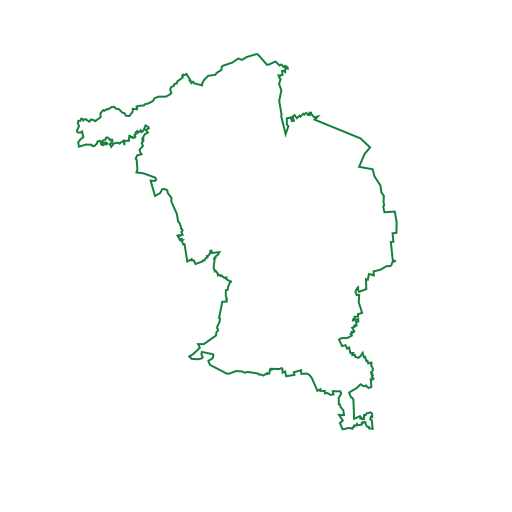 Manlio Fabio Altamirano, Veracruz, Mexico, rotated 346°
{"feature_id": "50627088B96625037975079", "entity_name": "Manlio Fabio Altamirano", "entity_type": "district", "adm_level": 2, "iso_a3": "MEX", "parent_name": "Mexico", "parent_adm1": "Veracruz", "projection": "robinson", "projection_center": [-96.354, 19.086], "detail": "fine", "context": "isolated", "style": "outline", "palette": "green", "viewbox_px": 512, "rotation_deg": 346, "n_neighbors": 0, "source": "geoboundaries", "source_scale": "gbopen_adm2", "svg_char_len": 6066}
<svg xmlns="http://www.w3.org/2000/svg" viewBox="0 0 512 512"><g transform="rotate(346 256 256)"><path d="M327.4,451.9L328.6,443.3L327.3,442.1L328.5,439.7L329.8,440.4L330.5,437.4L329.4,435.5L325.2,435.4L324.0,437.0L322.4,436.4L321.3,440.4L319.3,439.9L319.2,438.3L318.0,438.7L318.0,436.6L311.8,437.7L315.7,419.3L315.4,417.5L313.9,416.0L313.3,411.0L321.9,408.4L326.4,405.8L328.9,408.4L331.7,408.4L331.7,409.5L333.5,411.4L336.3,410.9L337.5,403.5L339.3,404.2L340.4,403.3L339.0,401.7L340.5,400.2L339.4,399.0L340.3,398.2L339.3,396.8L341.4,395.6L342.2,393.5L341.3,389.8L342.3,387.9L342.2,387.3L338.9,387.4L338.8,384.6L337.6,384.6L337.5,380.3L336.2,380.3L336.1,375.8L333.0,378.6L330.6,379.6L327.9,377.8L328.0,375.8L325.6,375.5L326.9,373.6L324.1,373.2L324.2,367.2L321.9,367.9L321.3,364.2L317.7,364.2L316.3,357.2L318.7,356.4L324.9,357.6L329.7,356.4L329.1,354.3L330.4,354.2L330.5,352.8L332.3,353.5L333.2,353.0L331.9,348.9L334.6,348.5L334.4,347.6L335.2,347.1L336.7,347.8L337.2,344.2L339.4,344.3L339.9,342.0L334.6,342.0L335.2,340.7L336.7,340.6L336.9,338.8L340.4,339.5L340.9,337.1L345.2,336.9L344.5,325.8L346.7,318.6L344.3,318.3L343.8,314.6L346.7,311.4L347.5,311.1L346.9,313.5L347.3,315.7L355.0,314.8L357.1,305.1L358.7,306.1L361.3,300.8L365.6,303.3L366.3,299.4L373.6,299.4L380.3,297.4L383.7,298.3L385.0,297.8L387.3,294.4L389.2,294.9L389.6,294.3L388.1,293.6L387.8,292.2L390.2,275.0L392.8,275.4L394.0,267.0L397.8,267.5L400.6,257.4L401.4,246.5L391.2,244.6L391.4,239.0L392.7,237.7L392.8,234.5L394.6,228.6L393.0,224.6L393.8,217.7L390.2,207.3L390.2,200.1L377.6,194.4L386.2,183.1L393.0,178.3L385.9,167.2L345.9,137.9L349.6,135.6L346.1,135.6L344.0,131.6L344.1,130.3L342.6,129.9L342.1,132.3L340.5,131.6L340.6,130.9L339.1,129.3L337.3,130.5L336.4,129.4L332.8,131.5L332.3,130.4L329.0,132.2L327.5,128.6L325.3,129.6L325.5,133.9L323.5,133.8L323.4,130.0L319.2,129.9L317.7,135.9L318.8,137.9L314.2,145.0L314.3,126.7L315.0,124.7L316.0,111.2L320.7,101.3L320.0,94.5L322.7,90.4L321.9,89.3L321.6,86.1L322.7,86.6L322.8,87.3L324.3,86.4L325.6,86.7L326.1,82.8L327.8,83.1L328.8,84.5L329.9,80.8L332.1,81.9L332.3,80.6L330.2,78.4L328.4,79.2L327.0,76.4L324.9,76.8L321.9,72.0L314.7,73.4L312.9,73.1L306.7,61.0L305.4,60.2L295.0,60.7L289.9,62.3L286.3,60.1L279.8,62.6L269.9,63.4L268.7,64.0L267.4,67.2L262.6,68.6L260.3,70.3L253.3,69.6L248.6,72.3L245.6,75.4L245.0,77.4L237.9,73.6L237.1,71.7L235.1,72.7L234.2,69.8L234.9,69.8L232.6,62.6L230.9,63.2L229.0,62.3L227.9,63.4L228.4,64.4L227.9,65.2L222.0,67.5L220.8,69.4L218.3,69.4L217.6,70.9L214.2,71.8L212.9,74.2L213.3,77.5L211.3,78.5L207.0,79.6L199.8,77.8L195.8,78.4L193.5,80.7L189.2,81.8L184.8,82.0L183.5,82.8L177.4,81.8L176.1,82.4L176.5,84.1L175.8,84.9L172.1,83.4L171.1,86.3L167.0,89.5L163.7,88.4L162.9,85.6L161.2,84.8L158.3,80.2L155.6,79.1L154.6,77.1L152.0,76.5L147.8,78.0L146.7,77.4L144.1,78.4L143.1,77.5L139.6,79.9L138.8,83.7L132.5,86.3L131.4,84.9L128.7,83.6L127.3,85.3L126.6,85.2L123.7,81.9L121.6,82.4L121.9,82.0L119.8,80.4L118.0,82.4L116.3,81.9L115.3,83.8L115.7,87.3L112.6,90.9L112.6,92.7L115.1,93.8L117.4,93.1L117.2,99.0L114.1,100.2L111.0,102.7L110.6,107.1L117.7,106.7L123.4,108.3L123.8,109.6L125.5,110.2L128.6,108.6L129.9,106.6L132.3,106.4L133.2,108.8L132.6,110.0L134.3,111.6L136.7,110.6L137.9,111.6L139.0,110.7L138.1,109.7L133.3,108.8L133.2,107.9L136.8,106.5L138.1,106.8L139.1,105.0L140.3,104.9L142.1,106.9L142.2,108.2L144.4,108.2L144.7,109.7L141.0,112.3L142.0,113.7L142.0,115.0L144.5,113.0L144.3,112.4L149.5,112.6L150.6,113.9L155.4,112.1L155.2,116.6L156.1,112.3L160.6,113.4L162.2,108.7L163.0,109.0L163.6,110.6L164.9,110.6L165.0,111.6L167.0,111.7L167.8,111.3L167.5,109.0L169.5,108.3L169.1,107.1L171.1,106.0L171.6,107.7L173.5,106.9L174.1,107.4L174.7,106.4L175.4,108.1L177.4,106.8L180.4,102.6L182.9,105.1L182.9,106.1L179.6,107.0L180.9,110.1L177.5,111.0L174.2,114.5L175.0,115.1L173.8,116.0L174.6,117.0L172.5,118.7L172.9,121.9L168.8,124.6L168.7,127.2L169.5,129.6L165.2,129.5L162.8,132.4L163.5,133.7L161.9,143.2L160.2,146.0L166.7,148.5L177.2,155.6L177.6,157.9L175.9,158.7L172.0,157.4L172.5,173.3L178.2,171.8L181.2,168.5L183.9,169.1L185.8,170.7L185.6,173.6L188.0,179.1L187.0,182.6L189.4,196.0L188.8,203.2L189.9,206.2L190.2,211.0L189.0,210.7L190.4,211.5L190.9,213.6L189.3,214.7L189.9,217.6L186.7,218.0L186.5,217.1L184.8,217.2L186.0,221.6L187.9,221.3L188.0,222.0L186.5,222.2L186.5,222.8L188.5,223.0L187.8,223.5L188.1,227.0L189.5,227.2L188.0,244.7L192.8,243.5L192.7,244.9L194.6,245.2L195.3,249.1L202.4,248.4L203.3,247.4L204.6,247.9L206.9,245.8L208.5,245.7L208.4,244.1L210.0,244.2L211.9,242.2L212.9,242.4L212.9,240.0L214.0,240.0L213.9,242.4L221.4,243.4L219.6,245.4L216.2,246.9L216.3,247.9L214.6,248.4L215.0,249.3L212.0,257.3L212.4,260.9L213.3,260.5L214.5,263.6L214.4,265.5L215.4,265.0L216.7,266.8L217.6,266.3L220.0,269.7L222.1,269.6L221.6,271.1L224.5,274.2L226.3,274.9L224.6,275.1L221.6,278.9L220.5,281.8L218.5,281.9L217.1,287.0L217.3,291.0L216.6,291.4L216.6,293.1L212.2,292.3L205.3,306.9L205.8,306.9L205.5,309.2L204.3,311.8L201.6,314.6L200.8,316.7L201.4,318.0L200.9,319.3L199.2,320.3L197.9,323.5L184.0,328.9L178.5,327.5L179.3,331.5L171.4,335.9L166.9,337.4L168.8,340.3L174.9,342.2L178.5,342.2L179.8,341.4L179.2,338.1L180.3,336.0L189.8,340.6L190.8,341.5L189.3,344.7L184.4,346.3L184.9,350.4L199.1,363.0L201.5,363.7L208.9,362.8L214.9,364.8L216.7,366.6L219.5,366.4L222.0,367.3L229.6,370.6L230.6,372.1L232.3,372.2L234.3,373.8L238.0,372.5L237.8,373.1L240.5,373.3L242.1,369.6L243.4,370.1L243.4,369.1L251.2,371.3L253.5,371.0L254.3,371.5L253.6,375.6L256.3,375.1L256.2,380.0L264.6,380.6L264.6,377.9L272.1,377.7L271.5,381.4L277.0,382.4L279.1,384.4L280.6,387.8L283.0,401.7L286.2,400.8L285.8,402.4L290.1,403.6L289.6,406.0L291.7,406.0L294.8,408.8L297.7,409.0L297.8,405.7L305.1,407.8L305.4,409.9L301.8,414.0L300.5,419.9L301.4,420.0L301.6,423.1L303.4,426.9L302.9,431.7L298.1,430.2L300.4,436.7L297.0,438.4L298.0,445.1L304.9,445.4L307.7,447.0L308.2,445.7L309.9,445.5L310.2,444.2L311.8,444.7L313.3,443.4L313.4,444.8L317.8,445.2L318.2,443.6L319.7,443.7L319.9,443.0L322.1,443.9L321.6,445.2L322.6,448.6L324.1,448.9L323.9,450.5L327.4,451.9Z" fill="none" stroke="#15803d" stroke-width="2"/></g></svg>